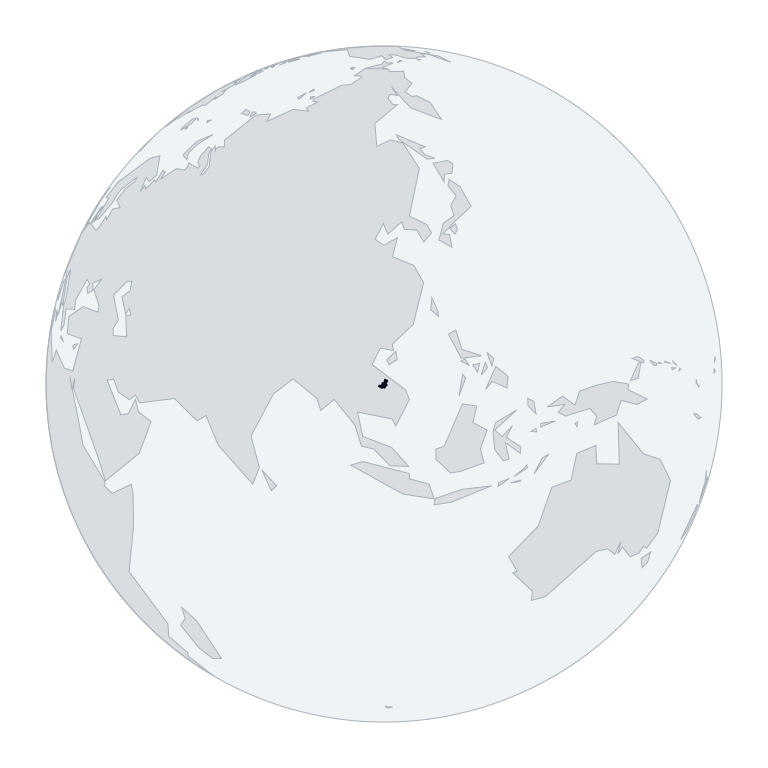 globe centered on Saravan, rotated 335°
{"feature_id": "LAO-3281", "entity_name": "Saravan", "entity_type": "Province", "adm_level": 1, "iso_a3": "LAO", "parent_name": "Laos", "parent_adm1": "", "projection": "orthographic", "projection_center": [106.351, 15.91], "detail": "fine", "context": "on_globe", "style": "filled", "palette": "ink", "viewbox_px": 768, "rotation_deg": 335, "n_neighbors": 0, "source": "natural_earth", "source_scale": "10m", "svg_char_len": 11959}
<svg xmlns="http://www.w3.org/2000/svg" viewBox="0 0 768 768"><g transform="rotate(335 384 384)"><circle cx="384" cy="384" r="338" fill="#eef3f6" stroke="#a8b0b8"/><path d="M695.6,499.0L695.0,501.2L694.8,501.6L695.6,499.0ZM539.7,84.1L541.6,87.3L553.5,95.2L542.2,89.0L572.2,109.9L580.7,120.8L564.2,104.6L557.3,100.2L559.6,105.0L553.0,101.7L550.3,102.5L542.1,98.4L533.2,90.4L527.8,88.0L529.7,91.7L522.8,90.9L520.7,85.6L508.4,83.8L491.2,72.4L492.3,65.6L475.9,59.7L466.0,56.2L491.3,63.6L515.9,72.9L539.7,84.1ZM697.3,257.6L697.1,256.8L697.2,257.2L697.3,257.6ZM696.7,256.6L696.5,256.2L696.0,254.7L696.7,256.6ZM563.5,102.3L561.5,99.7L565.7,103.5L563.5,102.3ZM551.4,103.4L554.0,105.3L551.5,105.0L551.4,103.4ZM536.7,98.8L531.8,98.2L535.3,97.3L536.7,98.8ZM527.9,97.0L516.2,96.6L521.1,100.5L500.4,90.0L517.3,93.2L520.7,91.3L522.8,94.4L527.9,97.0ZM463.4,55.5L464.0,55.7L455.1,53.7L460.6,55.3L448.3,52.8L442.6,51.4L444.3,51.5L438.3,50.7L437.7,50.4L463.4,55.5ZM490.8,84.8L486.6,83.9L489.3,83.4L490.8,84.8ZM431.5,49.4L432.1,49.6L422.0,48.3L424.8,48.6L425.0,48.6L431.5,49.4ZM468.0,57.2L467.2,57.5L457.0,55.5L455.4,55.5L448.1,52.8L468.0,57.2ZM421.7,48.2L421.8,48.2L416.9,47.7L411.3,47.2L414.1,47.4L421.7,48.2ZM436.7,50.3L436.8,50.4L433.4,49.8L436.7,50.3ZM415.5,47.7L417.4,47.9L418.6,48.1L414.3,47.8L415.5,47.7ZM441.5,51.9L437.4,51.2L443.9,52.8L436.6,51.9L433.1,50.5L431.5,50.7L429.3,50.5L429.0,49.7L441.5,51.9ZM413.5,48.2L406.5,47.0L394.9,46.4L393.5,46.3L412.4,47.4L413.5,48.2ZM422.6,49.1L416.6,48.4L417.9,48.2L422.8,48.6L422.6,49.1ZM432.9,51.9L445.0,53.7L445.4,54.0L432.9,51.9ZM409.8,48.0L411.6,48.3L408.8,47.9L409.8,48.0ZM425.5,50.6L429.8,51.0L430.0,51.3L425.5,50.6ZM411.5,48.9L409.3,48.4L412.5,48.4L411.5,48.9ZM417.7,49.7L417.1,50.1L415.1,48.8L419.6,49.8L417.7,49.7ZM425.1,50.8L426.6,51.2L423.3,50.6L425.1,50.8ZM400.5,49.5L397.2,47.9L404.4,47.8L406.6,49.2L400.5,49.5ZM118.5,174.9L117.3,178.1L114.9,182.1L104.7,195.2L92.5,224.0L101.3,214.8L100.9,234.6L107.5,240.6L128.9,215.2L118.2,204.5L126.9,189.6L144.1,186.8L155.1,198.0L158.9,192.7L160.9,175.9L172.5,169.6L162.6,169.6L159.9,176.1L153.6,176.7L155.7,171.0L159.8,168.6L159.0,163.8L140.0,177.5L135.2,185.6L127.7,181.7L118.9,195.3L113.6,199.1L126.5,177.8L132.2,171.6L148.5,147.7L141.8,153.5L126.0,177.0L126.8,173.8L117.7,183.7L125.4,173.7L144.5,148.2L143.7,146.5L139.2,151.0L172.9,120.2L171.6,121.2L176.8,117.1L174.8,119.2L185.2,112.9L185.2,114.8L202.2,104.3L204.5,104.2L193.8,110.1L186.3,115.9L187.7,122.8L191.8,121.7L202.8,114.7L201.8,118.2L212.2,110.7L219.4,112.7L219.4,104.5L232.2,97.7L243.6,95.3L247.8,92.1L229.3,96.2L222.0,99.4L215.6,104.3L195.6,113.8L192.3,113.5L213.3,99.2L210.9,97.7L228.3,88.6L267.6,80.6L277.3,82.5L266.3,98.7L256.6,101.3L255.7,96.3L244.6,106.7L251.2,103.0L250.4,106.4L262.5,102.1L262.5,104.4L274.1,96.9L275.4,99.3L268.1,103.9L287.1,101.2L293.4,105.7L297.7,104.2L300.5,101.2L306.7,109.8L309.6,108.3L308.7,104.8L313.9,99.9L325.5,94.9L327.0,98.1L323.0,100.3L316.8,110.5L306.0,116.8L307.8,117.8L317.6,113.2L325.0,100.6L331.6,96.8L329.4,102.4L330.7,100.0L334.5,99.2L339.5,101.7L342.5,95.6L381.5,86.2L395.2,91.3L388.9,96.6L417.7,96.8L430.9,104.8L430.0,101.2L443.2,100.4L439.3,97.7L439.9,96.1L472.0,95.4L480.7,98.6L493.6,96.4L493.2,94.9L487.5,92.2L500.4,90.0L521.1,100.5L521.1,103.3L534.1,108.9L532.1,114.9L536.4,123.3L526.6,128.1L530.9,135.2L535.5,136.7L544.8,148.3L547.9,168.5L525.0,145.1L516.3,118.2L518.0,128.0L511.6,124.1L508.4,126.8L510.2,134.5L514.2,136.4L485.8,144.0L477.9,165.6L493.3,165.6L502.8,173.5L507.2,203.4L477.9,242.6L490.2,257.6L490.9,267.1L480.0,272.2L478.7,258.3L467.8,252.6L468.7,244.6L450.8,249.7L451.3,238.5L437.1,248.9L442.3,258.2L458.0,257.1L445.4,272.1L461.1,289.2L462.7,309.0L435.6,342.4L408.3,351.4L406.6,357.7L395.9,349.8L381.4,361.4L401.1,398.5L400.4,408.9L377.0,427.0L376.6,419.2L348.2,398.2L342.6,422.5L364.1,444.8L371.5,469.2L354.8,460.5L347.4,438.9L337.3,430.8L340.3,409.5L332.4,376.9L315.6,381.2L317.1,368.5L303.7,340.8L279.7,346.2L241.4,375.0L235.7,407.1L222.7,419.3L207.9,369.3L209.3,337.4L198.9,338.3L187.9,308.6L154.4,297.7L154.1,288.9L146.8,290.6L139.8,279.3L141.1,265.3L134.7,263.7L132.5,300.8L139.8,302.8L152.2,292.9L149.7,305.4L157.1,319.6L132.9,343.3L90.5,354.1L93.9,329.5L100.8,256.8L104.9,250.4L105.2,249.6L105.8,248.2L98.6,258.0L102.4,244.5L90.6,292.4L85.3,311.9L89.8,355.3L87.6,358.2L91.3,368.2L112.5,368.0L110.9,375.8L96.3,408.2L73.6,446.3L81.0,481.9L86.8,510.0L82.3,521.6L92.6,544.5L91.7,548.4L98.2,560.7L103.0,570.8L106.0,576.0L93.1,555.9L81.7,535.0L71.8,513.3L63.4,490.9L56.7,468.0L51.6,444.7L48.1,421.1L46.3,397.3L46.2,373.4L47.8,349.6L51.1,326.0L56.0,302.6L62.6,279.7L70.7,257.3L80.5,235.5L91.7,214.4L104.4,194.2L118.5,174.9ZM159.0,225.6L170.7,232.5L178.8,213.1L183.9,214.4L184.8,207.7L179.3,211.7L183.4,194.2L193.3,192.1L198.7,184.7L195.0,182.2L176.4,189.1L170.3,213.6L162.0,219.1L159.0,225.6ZM207.2,96.0L207.4,95.9L202.3,99.1L196.7,102.7L207.2,96.0ZM184.9,111.0L185.7,110.4L189.8,107.5L190.9,106.7L196.5,103.1L217.3,90.4L218.1,90.5L214.1,92.4L212.5,93.8L205.7,97.4L186.1,111.2L179.8,115.5L182.3,112.8L184.9,111.0ZM276.7,63.6L268.1,67.1L260.9,69.7L260.5,69.5L276.7,63.6ZM406.7,46.8L403.9,46.7L406.7,46.8ZM353.8,47.4L362.0,47.0L376.7,46.4L381.0,46.5L375.1,46.8L383.6,46.9L375.4,47.7L378.3,48.0L373.2,49.7L360.1,50.7L364.4,51.1L360.7,53.0L349.9,54.5L353.5,52.7L339.1,56.1L337.6,54.4L336.0,54.9L330.7,54.6L321.5,55.5L322.4,54.6L318.5,55.4L314.9,55.6L309.7,56.5L309.6,55.6L303.3,56.9L306.8,55.9L296.0,58.4L303.9,56.2L300.0,56.9L294.4,58.7L298.7,57.0L326.1,51.1L353.8,47.4ZM398.7,49.8L383.4,50.4L375.1,50.1L387.6,47.5L386.0,47.1L393.7,46.5L405.6,47.2L402.3,47.2L401.9,47.5L398.3,47.1L400.8,47.6L396.4,47.8L397.1,48.5L392.0,48.3L398.7,49.8ZM118.8,178.6L118.1,180.4L118.6,181.8L112.8,188.5L118.8,178.6ZM131.4,161.0L131.8,161.2L123.8,170.4L124.5,168.8L131.4,161.0ZM138.7,154.1L132.4,160.6L136.2,156.2L138.7,154.1ZM194.8,110.3L196.0,110.6L193.5,112.5L189.8,114.5L194.8,110.3ZM306.9,67.9L310.2,66.0L312.2,65.9L323.6,62.6L325.6,64.1L319.5,66.6L306.9,67.9ZM123.3,218.0L117.4,221.4L118.1,217.9L120.0,217.4L123.3,218.0ZM111.9,204.0L111.3,210.5L110.3,205.7L111.9,204.0ZM311.0,68.9L315.4,67.3L313.7,69.1L311.0,68.9ZM327.7,65.1L326.7,67.0L327.2,63.9L327.7,65.1ZM248.3,676.5L255.3,680.3L250.8,679.5L248.3,676.5ZM114.1,519.5L120.7,564.0L112.8,560.3L104.7,544.9L97.8,516.6L104.7,512.5L106.3,500.9L114.1,519.5ZM456.8,527.1L466.9,528.6L466.5,530.1L456.8,527.1ZM446.2,521.8L457.9,522.5L444.2,525.0L446.2,521.8ZM462.4,522.8L474.2,520.0L479.3,517.7L478.4,520.7L462.4,522.8ZM438.3,521.7L395.3,519.6L378.2,514.7L382.2,509.5L409.8,512.4L438.3,521.7ZM380.9,509.3L354.9,492.0L319.5,443.5L332.1,445.4L369.2,475.9L366.8,480.5L382.6,493.9L380.9,509.3ZM443.9,483.6L441.4,497.8L417.6,495.7L406.8,492.9L399.3,474.2L403.5,465.0L412.4,465.8L446.7,435.1L458.7,443.3L448.2,456.5L458.0,469.3L443.9,483.6ZM237.0,410.4L243.6,430.9L236.7,433.0L237.0,410.4ZM460.6,413.1L446.8,426.7L459.4,408.4L460.6,413.1ZM468.1,395.6L469.0,402.8L463.3,395.7L468.1,395.6ZM406.3,367.5L396.9,368.6L396.7,363.5L408.5,359.2L406.3,367.5ZM463.8,326.0L463.7,340.7L461.9,345.6L457.7,336.6L463.8,326.0ZM334.3,85.7L316.2,87.9L304.5,92.0L300.0,97.4L298.6,91.4L316.7,85.1L334.3,85.7ZM375.5,85.5L379.4,81.7L382.9,83.4L382.5,84.5L375.5,85.5ZM374.2,83.1L369.2,78.6L374.7,76.7L377.6,80.5L374.2,83.1ZM339.4,71.9L333.9,72.3L335.4,70.6L339.4,71.9ZM616.7,625.8L617.5,626.5L607.9,635.5L595.8,645.4L587.1,650.4L616.7,625.8ZM540.4,659.6L543.1,651.0L554.8,648.8L547.4,657.0L540.4,659.6ZM624.8,618.1L633.6,608.5L639.8,598.1L635.2,607.0L638.5,605.2L619.4,625.1L624.8,618.1ZM505.7,625.4L440.0,644.9L426.2,642.4L430.9,634.5L420.9,609.6L425.5,610.2L424.1,593.1L463.7,577.9L492.4,548.6L513.0,550.2L529.4,528.4L550.1,529.2L543.0,546.2L563.4,556.1L580.0,517.7L589.6,556.7L602.5,569.1L602.8,592.6L569.2,634.7L552.6,643.8L550.7,640.7L543.4,645.1L534.0,644.5L531.2,632.5L524.0,636.8L532.1,626.9L521.1,635.9L517.3,628.1L505.7,625.4ZM652.2,542.2L654.4,542.7L657.1,548.5L653.5,548.2L652.2,542.2ZM689.5,509.4L689.7,512.1L687.6,513.9L689.5,509.4ZM694.8,501.6L692.4,504.1L695.6,499.0L694.8,501.6ZM667.9,516.4L668.8,518.5L667.7,519.6L667.9,516.4ZM667.0,515.8L668.9,511.5L668.2,515.5L667.0,515.8ZM657.0,496.7L658.7,494.4L659.3,495.9L657.0,496.7ZM481.8,528.9L496.1,518.0L503.7,517.0L481.8,528.9ZM655.0,492.7L651.1,493.0L651.6,490.8L655.0,492.7ZM655.6,487.6L655.3,484.6L657.4,491.4L655.6,487.6ZM648.1,482.0L652.9,486.7L647.5,482.7L648.1,482.0ZM645.1,483.1L641.6,481.2L641.9,480.3L645.1,483.1ZM602.5,491.9L616.2,508.8L604.7,509.4L592.0,499.1L581.3,510.4L557.5,509.9L563.2,503.1L560.2,493.1L535.1,489.9L530.0,483.4L539.1,478.8L522.3,473.8L540.7,470.5L548.1,483.9L558.4,473.0L575.9,474.9L592.6,478.5L605.8,487.6L602.5,491.9ZM540.5,500.3L543.6,500.2L540.8,504.3L540.5,500.3ZM634.8,474.6L639.9,480.6L639.2,482.3L636.7,481.6L634.8,474.6ZM608.8,485.1L623.1,472.7L626.3,472.6L616.8,486.1L608.8,485.1ZM619.8,465.8L626.2,466.7L629.5,472.7L628.2,474.6L619.8,465.8ZM503.0,488.3L502.2,492.0L497.4,489.1L503.0,488.3ZM509.3,486.0L523.7,490.0L507.9,489.2L509.3,486.0ZM464.8,472.6L469.1,481.6L482.7,476.1L472.3,484.2L481.5,498.9L478.3,504.4L469.2,488.4L465.8,504.7L459.8,504.3L456.6,490.2L462.7,473.2L468.8,466.2L493.4,463.6L464.8,472.6ZM509.2,475.1L505.3,464.7L508.2,457.7L512.4,463.2L509.2,475.1ZM493.7,439.5L483.3,427.3L474.0,431.8L492.8,415.2L499.7,429.6L493.7,439.5ZM484.7,412.9L476.0,416.9L484.9,407.2L484.7,412.9ZM473.7,412.8L472.5,404.4L479.5,405.6L473.7,412.8ZM489.3,413.3L490.7,399.0L494.3,407.5L489.3,413.3ZM469.3,385.5L484.4,399.6L464.9,393.3L463.5,366.0L471.8,365.5L469.3,385.5ZM511.6,278.1L509.2,270.6L516.5,269.1L516.1,274.6L511.6,278.1ZM538.1,259.8L517.7,266.3L500.9,272.7L506.5,276.2L503.3,288.8L494.6,276.8L505.8,263.3L518.7,260.9L519.9,250.6L528.9,243.9L525.8,231.3L529.5,226.1L536.2,237.1L538.1,259.8ZM523.9,226.1L521.8,204.7L535.9,208.2L539.5,213.6L534.6,221.7L527.4,219.3L523.9,226.1ZM525.4,200.8L518.5,198.7L500.8,168.6L500.6,163.4L521.5,186.5L516.1,185.9L517.9,193.2L525.4,200.8ZM488.3,85.6L486.8,84.1L490.5,85.6L488.3,85.6ZM437.4,94.7L438.8,92.7L443.1,94.2L437.4,94.7ZM445.1,88.4L439.3,88.1L444.8,87.0L445.1,88.4ZM426.5,88.0L436.7,87.3L427.8,90.0L426.5,88.0Z" fill="#d9dde1" stroke="#a8b0b8" stroke-width="1"/><path d="M379.0,384.9L378.9,384.8L378.7,384.7L378.4,384.1L378.4,383.9L378.4,383.7L378.5,383.6L378.7,383.4L379.2,383.5L379.5,383.6L379.9,383.7L380.2,383.9L380.3,383.9L380.4,384.0L380.5,384.0L380.8,384.1L381.1,384.1L381.3,384.2L381.7,384.0L381.9,383.7L382.1,383.7L382.2,383.8L382.4,383.8L382.7,383.6L382.8,383.5L382.8,383.4L382.7,383.2L382.7,382.9L382.7,382.6L382.8,382.5L382.9,382.4L383.1,382.4L383.3,382.4L383.4,382.5L383.5,382.6L383.7,382.9L383.8,382.8L383.8,382.6L384.2,382.7L384.3,382.6L384.5,382.6L384.9,382.4L385.0,382.4L385.3,382.4L385.6,382.3L385.7,382.2L385.6,381.9L385.8,381.6L386.0,381.6L386.4,381.4L386.5,381.3L386.5,381.1L386.4,381.0L386.3,380.9L386.5,380.7L386.7,380.3L386.8,380.3L386.9,380.5L386.9,380.9L386.9,381.0L387.0,381.0L387.2,381.3L387.3,381.4L387.4,381.5L387.5,381.7L387.8,381.7L388.0,381.7L388.2,381.8L388.3,381.9L388.3,382.0L388.4,382.3L388.4,382.5L388.2,382.7L388.1,382.8L388.1,383.0L387.9,383.1L387.7,383.2L387.4,383.2L387.3,383.3L387.1,383.3L386.9,383.3L386.8,383.2L386.6,383.2L386.6,383.3L386.5,383.5L386.4,383.8L386.2,384.1L386.0,384.4L385.8,384.7L385.7,384.8L385.9,385.0L386.0,385.1L385.9,385.2L385.8,385.3L385.9,385.5L386.0,385.7L385.9,385.7L385.9,385.8L385.9,386.1L385.6,386.1L385.4,386.2L385.0,386.2L384.8,386.2L384.6,386.2L384.6,386.4L384.5,386.5L384.3,386.4L384.2,386.4L383.9,386.4L383.8,386.5L383.7,386.6L383.8,386.9L384.1,387.0L383.9,387.1L383.7,387.1L383.4,387.2L383.2,387.5L382.9,387.7L382.4,387.2L382.5,387.1L382.6,386.9L382.4,386.7L382.2,386.7L381.9,386.7L381.6,386.7L381.4,386.8L381.1,386.8L381.0,386.7L380.9,386.8L380.7,386.8L380.7,386.7L380.3,386.8L380.2,386.7L379.9,386.7L379.8,386.8L379.7,386.8L379.8,386.8L379.8,386.7L379.8,386.4L380.0,385.9L380.0,385.6L380.0,385.3L379.8,385.1L379.6,384.9L379.3,384.9L379.2,384.8L379.0,384.9Z" fill="#0f172a" stroke="#020617" stroke-width="1.5"/></g></svg>